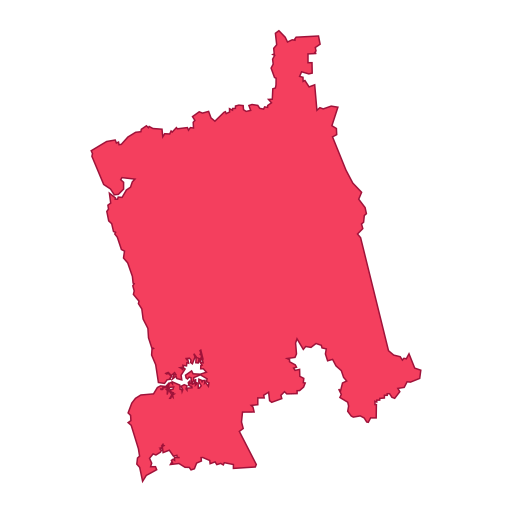 outline of Waikato District, Waikato, New Zealand
{"feature_id": "76426892B94157809900768", "entity_name": "Waikato District", "entity_type": "district", "adm_level": 2, "iso_a3": "NZL", "parent_name": "New Zealand", "parent_adm1": "Waikato", "projection": "robinson", "projection_center": [174.92, -37.516], "detail": "fine", "context": "isolated", "style": "filled", "palette": "rose", "viewbox_px": 512, "rotation_deg": 0, "n_neighbors": 0, "source": "geoboundaries", "source_scale": "gbopen_adm2", "svg_char_len": 6064}
<svg xmlns="http://www.w3.org/2000/svg" viewBox="0 0 512 512"><path d="M337.9,107.2L331.2,106.1L323.2,108.9L319.9,107.7L316.9,110.3L314.7,84.8L309.1,86.9L304.9,80.5L303.1,81.4L303.0,77.3L299.6,76.4L301.6,71.8L308.8,73.9L312.2,73.1L312.0,62.7L308.0,62.7L308.0,53.9L316.3,53.5L314.7,52.8L316.0,50.9L315.3,47.5L320.1,44.2L318.5,36.0L296.1,37.2L294.2,39.8L295.7,40.4L292.2,39.8L287.5,42.0L285.2,37.2L278.9,30.7L275.4,33.3L276.7,44.8L273.7,48.3L274.2,53.9L272.9,54.5L274.7,55.3L272.6,59.2L273.2,64.1L271.1,68.1L274.5,77.5L276.1,78.2L276.0,85.0L275.4,88.0L272.8,88.8L272.3,99.2L268.5,99.4L271.5,102.8L267.7,105.5L267.6,107.4L264.6,106.9L263.6,109.1L259.7,108.3L257.8,105.4L252.0,104.5L248.9,105.5L250.7,110.4L246.1,111.4L243.5,109.7L243.2,105.6L238.9,105.1L235.5,106.0L235.4,108.4L232.7,108.5L232.5,110.2L229.5,108.7L229.6,112.0L226.2,113.6L225.4,111.7L223.9,112.4L214.9,121.2L211.0,117.9L208.6,111.4L202.5,113.1L199.2,111.8L192.5,116.6L194.9,120.4L193.2,122.3L193.5,128.0L190.4,127.6L188.5,130.2L187.4,127.6L177.3,128.8L176.4,127.6L172.2,132.1L171.1,131.0L169.7,134.0L164.7,133.7L162.8,136.8L162.0,129.2L152.9,128.5L149.2,126.5L148.4,127.7L146.4,125.8L141.3,129.3L140.9,131.7L135.6,132.3L127.9,137.0L121.3,144.4L119.0,144.7L118.5,142.1L116.4,143.0L115.2,140.0L106.6,141.5L91.2,150.7L92.5,153.6L91.9,156.3L103.7,184.5L110.4,188.9L114.3,194.8L118.3,194.4L123.6,189.1L123.6,182.3L120.7,179.7L122.0,177.6L134.9,179.1L132.3,181.9L130.5,187.2L126.4,190.0L122.1,197.4L118.2,197.1L117.6,199.2L115.2,199.2L115.4,197.9L109.4,193.2L110.7,203.1L107.9,205.2L108.5,209.1L106.8,211.4L108.7,220.9L111.7,223.7L113.5,231.5L115.6,232.3L114.8,234.0L117.3,237.2L121.4,249.5L124.5,251.1L123.5,258.0L127.7,262.9L132.4,276.4L133.1,283.1L134.2,283.7L132.8,285.8L134.2,290.9L133.4,294.4L139.0,301.2L138.4,303.6L141.8,308.9L143.1,319.0L147.9,328.4L148.5,337.8L151.9,348.3L153.1,348.1L153.5,348.4L152.0,349.1L151.6,355.0L155.7,364.7L158.4,382.5L164.5,383.4L167.1,379.8L170.5,379.2L169.8,378.3L171.6,376.7L168.5,373.5L166.5,374.0L165.8,373.4L168.2,372.4L171.4,375.5L174.6,372.6L175.8,374.5L173.9,374.9L172.6,378.9L176.0,376.2L176.8,378.5L181.8,379.9L181.1,375.2L185.1,369.0L183.5,367.9L182.2,370.2L182.7,367.9L181.5,368.4L180.1,367.7L183.4,367.1L182.9,365.3L186.5,365.9L186.9,362.7L188.6,363.2L187.8,359.5L186.7,359.7L186.1,358.5L189.5,358.2L191.0,360.1L190.6,362.5L192.4,363.8L195.0,357.0L193.8,353.7L196.2,356.8L195.8,362.7L198.2,363.0L198.8,360.5L201.1,361.7L198.2,358.2L200.4,359.0L201.5,356.9L201.0,354.2L199.6,354.7L201.0,353.4L200.0,350.6L200.8,350.1L202.9,358.7L201.1,358.2L200.5,360.7L201.3,359.3L202.5,360.0L203.1,362.8L200.3,362.5L202.1,365.2L200.8,365.7L200.7,368.8L203.4,368.8L206.4,372.2L200.3,374.2L193.1,373.8L191.6,370.9L185.5,375.2L186.1,377.9L187.5,379.0L189.1,377.1L191.0,377.7L191.5,382.3L193.7,380.9L193.7,377.7L200.3,374.8L207.1,378.8L206.5,381.5L209.0,382.9L208.4,386.3L205.4,382.4L204.6,383.2L205.0,380.4L202.3,380.6L202.2,382.5L201.5,380.3L198.9,379.2L198.8,381.8L201.3,385.8L199.4,388.1L198.3,388.2L198.1,383.3L196.3,382.6L196.3,384.5L195.4,385.3L195.7,379.1L194.1,383.5L192.3,384.4L192.5,382.8L190.1,383.7L189.7,381.2L188.3,382.5L188.8,385.3L192.0,386.9L192.0,387.8L187.1,388.2L187.0,390.2L186.0,388.9L187.0,385.8L184.2,384.7L181.1,386.3L182.8,389.7L182.1,391.6L181.8,389.7L180.1,389.3L179.8,385.1L172.4,381.9L172.5,384.0L171.2,382.4L169.4,383.2L168.3,387.3L169.1,388.8L169.9,387.3L173.7,387.0L172.9,389.3L170.4,389.7L171.1,392.0L173.2,392.7L172.5,393.6L174.2,394.0L172.6,394.9L173.0,397.1L171.8,395.8L170.6,398.3L169.8,398.3L171.9,394.8L168.5,389.7L167.2,394.6L167.4,390.5L166.2,389.3L167.7,389.3L166.5,387.0L163.0,387.7L162.9,389.0L162.6,389.4L162.3,389.5L162.1,389.2L161.4,389.2L161.0,389.0L160.9,389.3L160.8,389.2L160.9,388.9L162.7,389.1L162.9,387.3L167.2,386.6L167.8,384.3L165.7,386.5L160.5,385.9L157.4,387.5L153.5,393.9L140.8,395.0L135.5,398.3L131.8,403.1L128.1,412.9L130.6,415.4L130.9,420.6L128.1,422.6L131.2,425.3L138.4,448.7L139.6,456.2L137.5,458.0L136.8,464.1L139.7,467.4L142.6,481.3L146.3,475.4L156.7,469.7L155.5,466.7L150.6,466.7L151.7,463.2L149.5,458.3L153.1,453.9L155.9,455.0L160.4,452.2L161.4,450.5L160.2,449.2L161.6,448.5L160.5,448.0L162.0,447.6L161.9,446.3L163.0,445.6L162.0,445.5L163.5,443.6L162.4,445.3L163.6,445.8L162.3,446.4L163.1,452.6L169.3,450.2L173.4,456.1L176.9,455.3L177.3,457.5L179.7,457.6L174.5,457.5L174.6,460.3L173.1,459.2L171.4,460.4L172.8,463.4L171.6,462.4L170.4,464.5L179.0,463.5L185.0,467.3L189.3,467.4L191.0,469.9L194.4,468.8L196.6,463.1L201.4,461.0L201.1,457.6L202.8,457.5L209.8,460.5L210.1,463.7L215.1,461.9L216.8,464.6L220.7,463.4L223.3,464.9L224.3,462.7L233.4,464.5L233.4,468.4L255.3,467.0L256.3,464.5L239.3,431.4L243.2,428.5L241.5,422.0L242.5,412.1L254.1,412.0L253.0,407.1L251.2,405.4L257.8,404.7L257.8,397.9L264.2,397.9L263.7,395.2L268.6,392.2L269.6,400.7L271.7,402.3L281.8,398.6L280.9,395.3L284.5,391.7L286.8,393.9L297.1,393.6L297.1,390.7L299.6,390.6L303.6,387.1L305.2,383.0L303.3,382.7L303.8,378.4L299.8,376.3L299.6,369.4L295.1,370.4L293.6,368.1L296.5,367.2L295.3,364.9L289.5,361.7L289.6,359.8L287.1,358.5L295.0,357.4L296.5,353.9L295.6,343.0L297.0,338.8L303.3,349.4L305.7,346.5L311.0,347.4L316.0,343.5L321.3,345.3L322.0,347.9L326.3,348.9L325.4,353.9L327.6,360.8L332.6,359.4L336.0,365.9L341.3,370.6L343.6,377.4L346.7,381.0L342.5,383.0L340.5,391.0L338.7,389.1L341.3,394.4L339.9,397.5L347.7,402.2L348.6,406.0L347.7,411.3L351.2,416.0L353.3,417.1L360.3,415.9L364.2,418.0L366.7,422.0L368.3,422.3L370.6,417.9L376.2,417.9L376.4,404.6L375.0,404.6L374.9,401.3L376.7,402.0L376.8,400.1L379.7,400.1L379.8,398.4L384.4,398.0L384.4,395.3L387.2,395.3L387.2,393.7L389.6,393.7L391.9,397.3L394.7,398.3L399.8,391.7L397.8,388.4L404.2,387.4L407.1,381.8L410.5,382.1L419.7,378.4L420.8,370.2L414.7,368.1L409.0,353.8L406.3,358.8L403.9,358.3L402.4,360.1L400.2,356.7L393.7,355.1L388.5,350.7L360.6,237.7L357.5,234.0L362.8,228.6L361.5,224.0L363.6,222.2L364.3,215.5L366.4,213.7L365.1,207.6L358.7,199.2L361.6,192.3L352.8,183.1L345.9,170.0L332.5,136.9L336.7,134.6L336.4,128.5L331.9,125.7L337.9,107.2Z" fill="#f43f5e" stroke="#9f1239" stroke-width="1.5"/></svg>